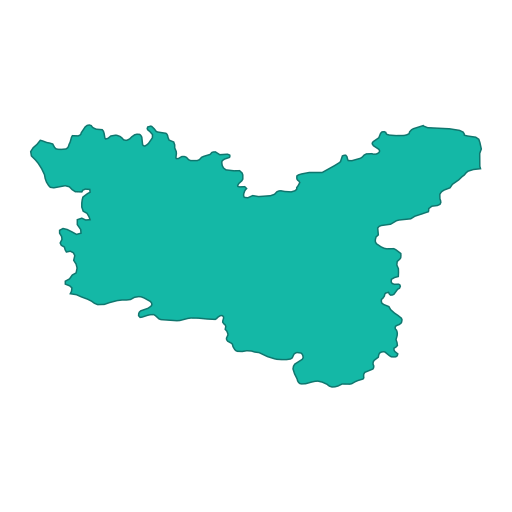 the district of Vileyka, Minsk, Belarus
{"feature_id": "67162791B71807573158689", "entity_name": "Vileyka", "entity_type": "district", "adm_level": 2, "iso_a3": "BLR", "parent_name": "Belarus", "parent_adm1": "Minsk", "projection": "natural_earth1", "projection_center": [27.139, 54.501], "detail": "fine", "context": "isolated", "style": "filled", "palette": "teal", "viewbox_px": 512, "rotation_deg": 0, "n_neighbors": 0, "source": "geoboundaries", "source_scale": "gbopen_adm2", "svg_char_len": 6021}
<svg xmlns="http://www.w3.org/2000/svg" viewBox="0 0 512 512"><path d="M70.3,293.7L76.5,294.7L81.4,296.9L87.6,299.2L91.6,301.2L94.3,303.2L97.6,304.6L104.3,304.4L109.5,302.6L117.1,300.6L121.9,300.0L126.3,300.0L130.5,299.5L134.5,297.3L138.7,296.6L141.1,296.8L144.2,298.0L150.3,301.4L151.6,303.0L151.9,304.8L151.0,306.2L148.0,308.3L140.8,310.8L139.3,312.2L138.7,313.7L138.6,315.7L140.1,317.4L142.1,317.1L147.6,315.3L150.2,314.7L153.8,314.6L155.4,315.6L159.0,318.9L161.0,319.6L176.9,320.7L179.8,320.5L187.9,318.4L190.8,318.0L198.1,318.1L207.3,319.0L215.3,319.4L216.7,318.5L217.5,317.5L219.6,316.0L221.1,315.5L222.5,315.7L223.5,316.9L223.6,318.0L222.8,320.9L222.7,322.2L224.1,324.1L224.9,324.5L225.8,326.4L225.2,329.3L226.9,331.2L227.9,333.9L227.9,335.0L226.5,338.1L226.5,339.1L226.9,340.1L227.7,341.2L231.3,343.2L232.4,344.2L233.0,346.6L234.7,349.5L235.8,350.6L237.3,351.3L242.2,351.5L246.8,350.7L251.4,351.0L254.6,352.0L259.1,352.6L267.5,356.6L274.6,358.8L277.0,359.3L282.0,359.6L286.4,359.6L290.5,359.0L292.2,357.9L294.0,354.1L295.5,353.0L297.0,352.5L300.9,353.0L301.9,353.8L302.8,355.4L303.2,357.5L302.3,359.3L294.8,364.1L293.5,366.2L293.0,368.9L294.6,373.9L297.1,378.9L297.6,380.8L298.6,382.5L300.0,383.6L301.7,383.9L305.7,383.7L311.8,382.0L315.0,381.3L317.8,381.1L322.2,382.1L327.3,384.4L328.3,385.4L329.6,386.2L332.0,387.0L335.0,386.8L338.0,386.0L342.1,384.0L349.9,384.1L351.7,383.7L355.0,381.8L358.0,380.5L363.0,379.0L363.8,377.8L363.6,375.9L363.8,373.9L364.9,372.3L372.9,369.0L373.6,367.7L373.8,366.0L373.0,364.0L373.2,362.0L374.1,360.4L378.3,357.2L378.8,354.5L379.8,352.9L381.5,352.0L383.7,351.7L384.9,352.0L389.6,355.8L391.3,356.8L393.9,356.9L395.8,356.8L397.2,355.8L397.8,353.9L394.8,351.5L394.0,350.0L394.0,348.2L396.0,347.0L397.4,345.5L397.0,342.5L396.0,339.6L397.1,335.7L397.3,333.8L397.1,332.0L396.5,330.2L395.5,329.2L395.1,327.9L395.5,326.3L397.3,325.2L398.9,324.7L400.9,323.3L401.6,322.2L402.0,319.8L401.4,318.2L397.9,315.4L394.5,313.1L390.6,309.6L388.9,306.6L383.9,304.6L381.8,303.1L381.3,301.1L381.5,299.4L382.9,298.2L384.4,296.0L384.7,294.3L385.6,293.1L388.5,292.3L389.4,294.1L390.6,295.1L392.3,295.0L393.9,294.3L397.6,289.3L399.5,288.2L400.3,286.4L399.9,285.0L398.7,284.2L394.3,284.3L392.2,283.5L391.2,282.0L391.4,279.3L394.6,277.5L398.3,276.5L398.5,272.5L398.4,268.7L396.8,265.0L397.2,261.5L399.9,259.0L400.7,257.8L400.9,255.7L400.8,253.5L395.8,249.7L393.8,248.7L386.7,248.8L384.2,248.3L381.1,246.9L376.5,243.8L375.4,241.9L375.3,239.9L376.0,237.0L378.3,234.9L377.7,227.9L379.2,226.3L381.3,225.5L390.6,224.2L396.5,220.7L399.1,220.0L410.7,218.8L414.9,216.2L428.4,211.7L428.7,210.1L428.7,208.6L431.9,206.2L437.4,205.5L440.0,204.3L440.8,202.5L440.6,200.7L439.9,198.8L439.8,194.3L441.0,192.4L442.0,191.4L444.2,190.0L450.0,187.8L452.4,184.3L458.7,179.9L461.9,176.8L464.3,175.0L466.1,172.8L468.0,171.2L473.4,169.5L480.5,168.7L479.8,166.3L479.7,153.4L481.3,149.0L479.9,142.6L478.8,139.3L475.7,137.2L467.5,136.0L464.4,135.2L464.2,133.9L463.1,132.1L459.5,130.4L449.6,128.8L427.6,127.7L423.4,126.0L423.2,125.6L413.4,128.7L411.5,129.8L409.6,131.9L409.1,133.7L406.6,134.9L404.0,135.5L396.0,135.6L389.3,135.1L386.7,134.3L386.0,133.3L385.8,132.4L384.2,131.7L382.0,131.9L380.6,133.3L378.8,137.8L373.4,141.5L372.5,142.5L372.2,143.8L373.4,145.7L378.7,149.2L379.5,150.4L379.5,151.6L378.9,152.6L377.5,153.5L376.1,154.1L373.3,154.2L371.9,153.7L366.4,153.9L364.1,155.1L362.4,157.0L360.4,158.3L351.9,160.7L348.3,160.6L347.7,159.6L346.9,156.6L345.7,155.2L344.1,155.3L342.4,155.9L340.5,161.6L339.3,162.7L334.6,165.6L322.2,172.5L309.2,172.5L301.8,173.9L298.7,174.8L297.0,175.8L296.8,176.9L296.9,178.9L297.6,180.1L299.0,181.2L299.8,182.6L298.0,185.9L296.7,187.6L296.7,189.3L294.9,190.8L291.2,191.9L284.7,191.5L281.0,190.8L279.1,190.9L277.0,191.7L274.5,194.3L270.6,195.7L258.6,196.6L252.7,195.6L247.8,197.8L244.6,197.4L244.0,196.9L243.6,195.5L243.7,193.8L244.7,190.9L245.5,189.7L246.6,188.6L245.6,187.5L244.7,186.7L239.5,186.9L237.8,186.4L237.7,185.3L238.8,183.5L241.8,180.8L242.8,179.1L242.8,175.0L242.1,173.0L239.6,170.7L234.0,170.8L226.0,169.9L223.5,168.0L222.2,165.5L221.8,162.9L221.9,161.3L223.0,160.1L224.5,159.1L229.5,157.4L229.9,156.1L229.7,155.1L227.5,154.2L219.8,154.7L215.4,151.9L213.3,152.0L211.8,152.5L210.2,154.4L203.9,156.3L201.6,157.3L199.4,159.7L197.2,160.6L190.6,160.6L188.6,159.7L186.5,157.4L184.7,156.6L183.1,156.5L181.7,156.6L178.3,158.6L176.4,158.6L175.9,157.6L176.4,153.5L176.2,151.5L174.7,147.9L174.7,144.9L173.7,142.0L169.1,140.1L168.0,137.5L167.6,135.6L166.9,134.2L165.9,133.3L157.6,132.0L156.2,131.4L154.3,128.9L151.8,126.5L150.8,126.1L147.7,127.0L147.2,128.7L147.9,130.0L149.8,131.5L152.5,134.6L152.4,137.8L148.6,143.3L147.2,144.6L144.8,146.1L143.3,145.6L142.6,144.6L141.8,137.3L141.4,136.3L140.4,135.0L139.6,134.4L137.0,134.2L134.6,134.8L131.8,136.8L129.7,138.9L126.9,140.3L125.5,140.3L123.6,139.8L121.8,137.8L119.9,136.4L116.8,135.3L115.5,135.2L110.8,136.0L108.1,138.3L105.7,139.0L104.9,138.1L104.1,133.4L103.4,131.2L102.2,129.7L96.2,129.2L93.4,127.9L92.4,127.2L91.2,125.6L89.3,125.0L87.2,125.4L85.2,126.9L81.3,132.7L80.8,134.3L79.8,135.2L78.1,135.9L72.4,135.7L71.5,137.3L70.1,142.3L69.1,144.3L68.4,146.6L67.5,147.9L65.9,149.0L61.3,149.4L58.0,149.3L55.9,148.8L54.5,147.3L52.7,144.0L49.4,143.0L47.0,142.6L42.8,141.0L40.3,140.3L37.0,144.4L33.2,147.7L30.7,151.6L31.4,155.9L35.5,160.0L38.3,163.4L41.7,168.8L44.5,174.7L45.2,178.5L46.5,182.1L48.6,185.5L50.3,187.3L53.8,187.8L65.2,185.7L69.4,186.8L72.1,189.6L75.3,191.7L81.8,191.9L82.9,190.1L85.3,189.1L89.8,189.4L90.1,192.2L87.4,193.7L82.9,197.1L82.2,199.9L81.8,203.0L81.8,207.1L83.2,211.2L87.0,213.3L89.0,216.7L90.1,219.7L85.6,220.0L81.8,218.2L77.3,219.7L77.3,224.6L80.7,229.5L81.0,233.2L76.5,234.4L72.0,231.9L67.2,229.5L63.0,228.5L59.6,230.3L59.6,233.2L61.6,236.5L62.0,239.3L60.2,243.0L61.3,245.3L64.4,247.1L65.1,249.7L66.4,252.0L70.3,251.2L73.4,252.8L74.8,255.6L73.7,260.3L76.1,264.1L77.1,268.0L76.1,272.9L72.3,275.0L69.5,278.9L65.3,281.2L65.3,284.1L69.8,285.9L71.9,287.9L71.5,291.3L70.3,293.7Z" fill="#14b8a6" stroke="#0f766e" stroke-width="1.5"/></svg>